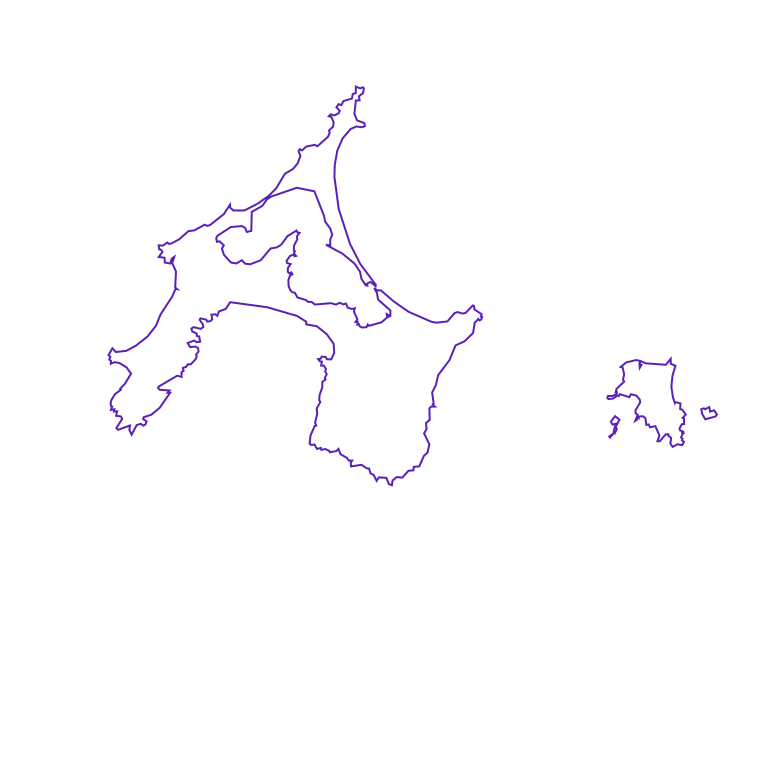 outline of Chatham Islands Territory, New Zealand, rotated 315°
{"feature_id": "76426892B18906871273548", "entity_name": "Chatham Islands Territory", "entity_type": "district", "adm_level": 2, "iso_a3": "NZL", "parent_name": "New Zealand", "parent_adm1": "", "projection": "equal_earth", "projection_center": [-176.482, -44.024], "detail": "fine", "context": "isolated", "style": "outline", "palette": "violet", "viewbox_px": 768, "rotation_deg": 315, "n_neighbors": 0, "source": "geoboundaries", "source_scale": "gbopen_adm2", "svg_char_len": 6170}
<svg xmlns="http://www.w3.org/2000/svg" viewBox="0 0 768 768"><g transform="rotate(315 384 384)"><path d="M322.7,126.6L320.3,129.8L321.3,131.3L320.8,133.9L314.5,134.9L318.1,139.5L314.9,143.2L318.2,147.8L322.5,145.2L325.6,145.8L319.8,148.7L316.4,157.4L304.6,168.1L304.8,170.6L303.9,169.3L296.1,172.4L275.2,176.8L263.9,181.6L250.5,183.2L235.9,181.5L225.2,178.3L217.0,171.8L217.2,166.7L209.6,168.8L209.8,171.2L207.0,172.5L207.3,174.7L205.2,176.5L208.8,178.0L211.7,181.9L213.7,190.2L212.5,197.8L200.9,200.7L194.0,200.8L193.8,202.0L186.4,200.9L179.6,202.7L176.9,204.4L175.3,206.9L175.9,207.8L172.6,209.3L175.5,211.2L173.5,212.5L176.0,214.6L172.1,217.1L175.0,220.8L174.3,223.5L163.6,225.9L163.5,228.3L175.0,233.7L171.5,236.4L169.7,241.4L180.0,238.2L183.8,240.1L184.4,243.3L186.9,243.9L189.6,242.6L188.9,238.4L190.7,237.6L197.7,241.2L208.5,242.2L226.5,239.0L224.8,237.2L227.8,237.0L221.4,229.6L221.5,226.9L222.8,226.5L243.6,231.9L245.9,235.9L249.2,232.5L251.7,232.9L253.1,230.4L256.3,232.0L259.1,231.4L261.4,233.5L268.5,233.2L271.4,231.9L271.8,230.4L275.8,229.9L277.9,227.2L277.3,224.4L273.0,220.8L274.1,216.2L280.5,219.0L281.0,221.7L283.9,224.1L286.9,219.7L285.6,217.7L287.2,215.9L285.6,211.2L286.9,208.6L289.5,209.1L293.4,215.4L296.5,216.0L298.1,213.7L299.0,208.3L300.6,207.8L303.8,212.8L303.3,215.1L305.4,216.6L308.3,216.9L311.0,212.9L314.1,215.6L314.3,217.9L318.7,216.0L325.1,219.0L333.1,217.4L355.6,247.0L370.7,274.5L373.0,284.8L371.2,286.9L377.3,295.6L378.8,308.1L376.8,320.0L370.8,326.8L364.1,329.3L361.1,326.1L361.9,323.6L359.3,320.6L357.1,321.3L355.1,319.8L354.7,322.6L355.9,324.2L352.6,326.5L354.4,328.5L353.7,332.2L351.3,333.5L350.4,336.6L346.4,337.9L345.9,339.5L342.0,338.8L337.9,342.8L330.7,346.2L326.7,349.6L326.3,351.7L319.1,353.7L315.7,357.9L307.9,362.6L306.6,365.5L305.4,364.7L295.7,368.4L289.2,373.6L289.6,375.9L292.1,377.6L290.7,382.6L294.1,384.5L293.1,386.3L296.5,388.4L298.0,392.7L297.4,393.9L302.8,397.7L305.9,397.7L303.6,402.8L305.5,409.8L305.0,413.4L307.3,415.6L304.9,416.1L302.4,419.0L310.9,425.2L312.3,431.8L313.7,433.2L311.3,437.7L312.4,441.0L310.3,447.3L314.3,446.4L319.3,452.0L316.7,458.2L318.0,461.2L321.8,458.3L327.2,458.8L330.7,463.1L340.0,462.7L343.7,465.8L346.5,463.6L350.7,467.2L361.5,463.0L366.1,463.3L373.4,458.8L377.4,447.3L382.3,445.9L386.1,441.3L390.9,441.7L398.8,433.4L401.2,433.2L404.1,436.0L404.1,432.8L405.5,432.7L412.0,424.1L420.1,421.3L428.7,416.0L447.2,413.4L461.9,407.3L471.2,410.8L483.1,410.9L491.5,404.8L496.7,404.7L496.4,406.5L498.1,407.1L500.7,406.2L500.2,404.8L502.4,403.8L500.7,395.3L502.9,392.3L502.3,391.2L492.1,391.5L489.3,389.7L486.9,385.2L484.0,383.8L473.1,384.6L464.3,377.6L461.3,373.0L452.5,350.5L449.3,332.8L448.0,315.5L445.5,313.4L444.9,309.2L443.4,314.6L439.5,320.1L440.5,336.5L436.7,340.4L433.9,339.3L435.9,338.6L435.4,336.5L433.4,339.2L425.8,338.6L414.6,332.3L414.6,330.5L411.8,331.4L408.5,328.6L407.6,326.0L408.6,324.0L407.1,323.1L409.4,321.4L407.8,320.0L410.9,319.4L413.9,311.6L416.9,309.8L414.4,308.3L412.3,304.3L414.0,300.3L411.5,298.9L410.1,295.2L406.2,293.9L403.7,289.4L391.3,278.9L390.9,275.0L388.2,271.9L388.2,269.6L384.0,261.6L385.5,256.4L384.1,254.5L384.1,251.5L385.7,247.4L389.8,243.0L393.9,241.0L396.9,241.6L397.4,239.5L395.3,239.1L395.3,236.7L398.0,234.0L402.8,233.2L401.0,229.9L402.2,228.0L408.1,227.0L411.5,228.5L411.0,230.4L412.4,231.3L412.6,228.1L414.9,227.1L414.6,225.9L418.2,222.5L425.0,220.4L426.8,218.0L431.2,217.4L430.0,215.6L430.6,213.6L420.3,211.2L409.9,212.8L405.0,211.7L399.6,208.0L384.4,209.3L374.1,204.8L370.9,200.7L371.0,196.0L364.8,194.3L361.6,189.8L362.2,179.4L365.1,173.7L368.8,172.6L368.6,166.7L366.4,165.4L368.3,162.4L371.0,161.4L386.7,164.7L395.1,171.8L396.2,175.5L394.5,179.4L398.4,181.9L412.2,168.8L423.9,172.0L431.8,170.7L436.8,171.7L461.1,183.6L471.0,198.5L460.4,222.9L457.2,227.5L456.0,235.8L453.1,241.7L447.9,244.0L444.1,247.9L441.4,244.5L446.8,262.5L448.3,278.0L446.4,287.7L442.4,293.8L440.9,301.3L441.8,302.6L442.8,301.0L446.6,302.2L447.2,308.9L448.3,308.2L452.1,282.3L459.0,261.0L475.7,228.3L495.3,202.6L503.8,194.5L515.9,186.0L528.6,181.0L540.8,180.1L546.6,182.4L550.0,186.9L552.8,188.1L554.6,185.7L551.4,178.5L554.1,172.0L564.6,163.6L567.3,166.2L569.7,162.8L574.8,163.5L578.9,160.7L578.8,159.2L576.2,158.1L574.4,153.8L569.8,158.3L566.9,156.9L563.2,159.5L555.4,155.3L551.0,156.6L549.8,154.0L546.0,154.7L545.9,159.5L543.3,160.5L538.9,159.0L536.9,155.6L534.3,155.7L535.6,158.0L533.4,163.4L530.0,166.0L524.3,165.9L523.3,167.9L519.2,169.6L505.0,168.8L504.2,166.0L496.9,161.1L491.1,160.9L490.6,158.5L488.3,158.9L486.1,163.7L478.8,167.0L471.7,167.6L462.6,165.3L446.1,169.4L435.9,169.5L421.9,167.1L408.0,162.6L400.2,154.8L399.9,150.7L401.9,148.3L391.0,150.6L373.3,148.6L370.8,147.2L369.8,144.5L358.6,141.3L353.7,137.6L341.6,136.9L332.8,134.2L330.9,132.7L330.8,130.7L325.5,129.8L322.7,126.6ZM570.7,540.1L563.4,539.3L564.3,541.2L560.7,546.9L556.0,550.0L555.6,552.1L545.0,551.9L542.2,553.5L543.0,554.2L541.6,555.5L537.2,554.2L533.9,550.9L532.1,551.7L532.0,553.3L535.7,556.3L539.3,557.0L540.5,555.9L541.4,558.5L543.6,558.0L548.2,566.8L551.3,565.8L554.3,570.8L553.8,575.9L552.2,578.1L543.1,580.5L541.2,582.7L541.6,585.2L535.7,587.7L537.9,588.2L540.5,586.3L540.4,588.1L541.4,587.4L544.3,589.9L544.7,592.9L540.6,598.4L542.5,599.7L541.5,602.7L546.1,605.7L542.3,615.2L536.9,617.8L538.5,619.5L547.6,618.8L549.5,620.7L548.5,621.7L549.0,625.1L544.3,628.7L543.7,632.6L548.9,634.1L551.7,638.1L555.2,637.0L554.9,634.4L556.4,633.7L556.3,631.8L560.5,630.3L559.8,628.6L561.2,630.4L562.0,629.3L560.5,626.2L561.5,624.4L566.1,623.0L567.9,624.6L571.7,620.5L571.2,619.2L575.7,619.0L576.8,613.3L575.7,611.1L579.9,607.4L577.1,602.6L576.3,603.0L578.9,597.7L585.3,589.1L593.9,582.1L603.0,577.2L601.1,572.5L604.5,568.9L596.9,569.7L583.9,554.7L581.5,549.0L578.1,551.5L579.4,552.5L576.3,553.4L578.8,550.4L581.5,548.8L579.1,545.3L570.7,540.1ZM590.5,626.2L587.9,630.0L586.2,636.1L595.5,641.4L597.9,640.9L598.8,636.0L595.1,634.1L597.7,630.3L593.2,629.0L593.0,627.4L590.5,626.2ZM524.6,570.1L517.7,571.1L516.9,574.2L519.5,575.8L512.4,580.4L512.4,582.0L516.6,580.5L517.7,578.1L525.3,575.7L524.6,570.1ZM511.3,581.2L506.2,580.4L506.0,581.7L511.3,581.2Z" fill="none" stroke="#5b21b6" stroke-width="2"/></g></svg>